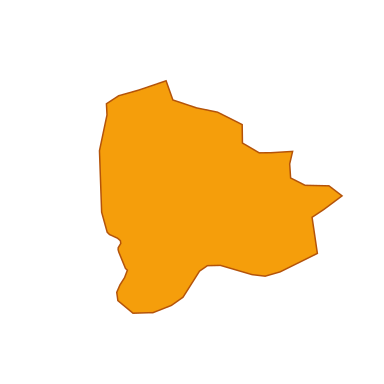 SVG path tracing the border of Kosovska Kamenica, rotated 146°
{"feature_id": "KOS-5907", "entity_name": "Kosovska Kamenica", "entity_type": "District", "adm_level": 1, "iso_a3": "XKX", "parent_name": "Kosovo", "parent_adm1": "", "projection": "equal_earth", "projection_center": [21.605, 42.591], "detail": "fine", "context": "isolated", "style": "filled", "palette": "amber", "viewbox_px": 384, "rotation_deg": 146, "n_neighbors": 0, "source": "natural_earth", "source_scale": "10m", "svg_char_len": 748}
<svg xmlns="http://www.w3.org/2000/svg" viewBox="0 0 384 384"><g transform="rotate(146 192 192)"><path d="M122.4,71.0L163.6,76.5L178.4,81.3L188.4,89.9L209.5,115.3L220.4,122.3L230.0,122.2L258.3,109.8L272.4,109.5L291.9,113.8L295.5,116.2L308.7,124.5L314.2,143.4L310.5,150.9L303.6,155.3L295.8,158.7L289.3,163.3L289.9,165.8L286.3,183.1L285.5,185.5L284.3,187.1L279.8,189.2L278.6,191.7L279.6,195.4L284.2,202.9L284.8,206.1L278.2,225.8L245.6,278.0L219.4,303.4L213.6,313.0L198.9,312.8L179.2,306.3L151.3,298.7L156.4,279.0L141.3,259.3L126.2,243.9L112.7,219.8L122.8,204.4L114.4,186.9L104.4,180.3L85.9,169.4L95.3,160.7L102.4,148.5L94.5,134.3L75.0,120.5L69.8,104.9L92.6,103.8L106.6,103.9L122.4,71.0Z" fill="#f59e0b" stroke="#b45309" stroke-width="1.5"/></g></svg>